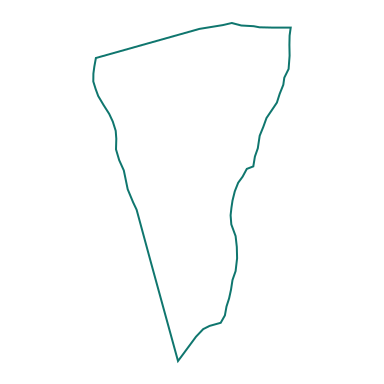 outline of Miraselva, Paraná, Brazil
{"feature_id": "56859067B75197457658410", "entity_name": "Miraselva", "entity_type": "district", "adm_level": 2, "iso_a3": "BRA", "parent_name": "Brazil", "parent_adm1": "Paraná", "projection": "mercator", "projection_center": [-51.479, -22.99], "detail": "fine", "context": "isolated", "style": "outline", "palette": "teal", "viewbox_px": 384, "rotation_deg": 0, "n_neighbors": 0, "source": "geoboundaries", "source_scale": "gbopen_adm2", "svg_char_len": 913}
<svg xmlns="http://www.w3.org/2000/svg" viewBox="0 0 384 384"><path d="M95.9,58.0L94.3,66.8L93.4,73.6L93.3,81.5L95.6,88.9L98.2,96.0L103.6,105.1L109.2,113.9L112.8,121.6L115.7,130.8L116.3,138.8L116.0,149.4L119.2,160.2L123.8,170.4L125.4,178.1L127.7,189.3L133.1,202.3L136.6,209.7L150.8,262.0L178.0,361.0L181.9,355.8L186.7,349.3L196.0,336.7L203.2,329.1L209.6,325.9L220.7,322.8L224.9,315.4L226.5,306.5L229.1,298.4L231.0,289.7L232.5,280.0L235.6,271.1L237.1,258.2L236.8,246.9L235.6,236.1L231.3,224.4L230.6,215.3L231.4,208.0L232.5,200.6L234.8,191.3L238.2,182.7L242.6,176.7L246.8,168.9L253.3,166.4L254.9,156.6L257.8,148.3L259.7,135.7L263.3,126.9L266.5,118.0L272.4,109.3L276.9,102.6L279.7,93.8L283.3,84.8L284.3,77.7L288.6,69.0L289.6,55.7L289.4,44.8L289.6,35.6L290.7,27.6L281.8,27.6L272.7,27.6L259.5,27.3L253.7,26.2L241.3,25.5L231.7,23.0L222.8,25.1L199.4,28.9L95.9,58.0Z" fill="none" stroke="#0f766e" stroke-width="2"/></svg>